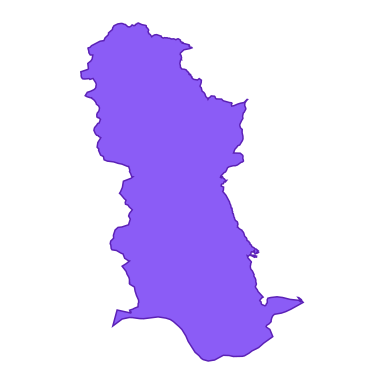 outline of Branisca, Hunedoara, Romania
{"feature_id": "2599482B69726468396630", "entity_name": "Branisca", "entity_type": "district", "adm_level": 2, "iso_a3": "ROU", "parent_name": "Romania", "parent_adm1": "Hunedoara", "projection": "equal_earth", "projection_center": [22.77, 45.979], "detail": "fine", "context": "isolated", "style": "filled", "palette": "violet", "viewbox_px": 384, "rotation_deg": 0, "n_neighbors": 0, "source": "geoboundaries", "source_scale": "gbopen_adm2", "svg_char_len": 5909}
<svg xmlns="http://www.w3.org/2000/svg" viewBox="0 0 384 384"><path d="M272.8,336.6L269.9,329.5L266.5,327.2L266.1,326.5L266.7,325.3L269.1,323.8L271.1,321.7L271.2,320.1L271.8,317.8L272.8,315.8L274.4,314.3L281.4,313.1L285.8,311.6L290.9,309.2L303.2,302.4L301.8,300.9L301.4,299.7L298.7,297.6L298.1,297.5L300.0,299.8L300.8,301.5L300.5,301.7L298.7,300.3L290.2,299.4L282.6,297.5L277.0,296.8L270.8,297.5L267.9,298.2L267.2,299.8L267.3,302.8L266.6,303.4L265.7,305.4L264.9,305.8L261.9,304.5L261.2,303.6L261.2,302.7L260.9,301.6L259.9,300.9L259.7,300.5L261.5,298.1L263.1,297.1L258.0,291.5L257.4,290.0L255.6,287.5L255.4,286.4L256.3,284.6L256.4,283.8L255.8,281.9L255.8,280.1L255.3,278.4L254.0,276.4L253.8,275.8L254.1,274.7L253.5,273.4L252.4,271.0L250.9,269.3L250.5,268.1L250.3,266.0L250.7,264.7L250.6,263.7L251.3,262.5L251.3,261.8L247.9,257.8L247.3,255.8L248.2,256.3L250.0,254.7L251.1,255.7L251.8,255.8L254.5,257.3L255.0,257.0L256.5,257.1L256.6,256.1L255.5,256.0L254.8,255.2L253.9,255.2L254.3,255.7L253.5,255.7L252.7,255.2L251.0,255.1L250.8,254.5L251.1,252.2L251.8,251.7L252.6,252.0L253.1,251.8L254.2,250.5L254.5,251.1L254.1,252.5L255.3,253.8L256.6,253.3L256.5,252.8L256.7,252.6L257.3,253.1L257.9,252.8L257.8,252.4L258.2,252.6L258.6,252.2L257.7,251.4L257.3,250.4L257.7,250.4L256.2,249.1L255.2,248.9L253.9,247.7L251.8,246.6L251.4,245.2L250.0,244.1L250.0,243.1L249.2,242.6L248.8,241.4L247.0,240.5L246.9,239.2L246.4,237.9L244.7,236.3L243.7,232.9L242.8,231.5L242.2,231.0L242.0,230.3L239.4,228.8L238.2,227.6L237.4,227.1L237.7,226.4L237.5,225.5L238.0,224.1L237.6,223.6L237.7,223.0L237.3,221.8L235.4,220.4L234.6,218.9L234.5,217.9L233.9,216.9L233.3,213.8L232.5,213.0L232.6,211.4L232.2,210.7L232.0,208.2L231.2,207.9L230.7,205.1L229.8,203.4L229.5,201.9L225.9,195.2L222.7,191.4L223.4,190.2L223.6,187.1L221.2,186.0L221.4,184.5L222.1,183.9L223.4,183.7L224.0,182.0L224.5,181.8L225.3,182.0L226.6,180.4L225.5,180.5L224.4,178.9L223.4,178.4L222.4,176.6L222.1,176.6L221.4,177.8L220.4,177.4L220.9,175.9L224.1,172.6L225.4,172.0L226.3,170.7L227.5,167.8L229.0,166.8L233.3,165.7L235.4,165.7L237.4,165.0L241.1,162.3L242.4,162.0L243.4,161.2L243.4,160.4L242.8,158.3L243.0,156.2L242.7,155.3L240.3,153.2L233.5,153.0L234.7,149.7L235.4,148.6L236.5,147.6L237.8,145.7L239.7,145.0L242.4,140.6L243.0,138.9L242.9,136.1L242.1,132.6L242.2,129.4L240.6,128.0L239.8,125.8L239.8,124.5L241.6,120.6L242.9,118.5L242.6,116.2L243.3,113.0L244.1,112.3L245.8,109.1L245.8,108.3L244.7,105.6L244.9,103.0L246.3,100.8L247.5,99.5L247.1,99.4L244.6,102.0L243.7,102.6L240.5,103.2L237.6,104.1L233.9,105.7L231.7,106.1L231.4,104.7L232.0,103.3L231.6,102.8L229.4,102.5L223.7,100.9L222.9,100.5L221.6,99.1L216.3,98.9L215.5,98.2L215.1,96.9L214.5,96.2L211.2,95.9L210.0,97.2L208.8,97.9L208.0,99.3L207.7,98.4L205.8,96.6L204.9,93.9L203.9,92.5L202.1,91.1L201.2,87.6L200.1,86.6L200.1,85.6L200.5,84.8L201.2,82.6L201.4,80.2L199.2,78.6L197.5,80.0L193.5,79.3L191.7,77.6L192.0,77.1L191.8,76.7L190.7,75.5L190.6,74.7L189.7,74.7L189.7,74.0L188.9,74.0L189.0,73.3L188.3,72.1L187.6,71.8L186.2,69.9L184.6,69.3L181.8,69.0L180.9,67.7L180.5,67.5L180.3,65.3L179.8,63.6L180.5,60.3L180.8,59.9L181.5,59.8L181.2,59.4L181.1,58.8L181.6,58.0L181.0,55.2L180.2,54.6L180.4,53.1L183.9,49.8L189.8,48.6L192.0,47.8L191.7,47.4L189.3,46.8L189.1,45.9L189.5,45.5L189.1,44.8L182.7,43.2L183.2,42.8L183.1,42.6L180.6,41.6L180.4,40.1L178.3,38.8L177.4,38.9L175.9,39.7L173.8,38.8L171.5,39.0L169.5,38.2L168.1,38.2L167.0,37.7L166.0,37.9L164.7,37.6L163.3,38.1L161.5,37.2L161.3,36.2L156.6,34.6L154.5,34.9L152.6,36.0L151.8,36.8L150.2,34.5L149.0,33.8L148.9,33.1L148.4,32.8L148.1,31.3L148.6,30.6L148.6,29.9L147.6,28.3L146.4,27.3L146.2,25.7L145.7,25.4L141.8,24.6L138.3,23.0L137.2,23.4L136.6,24.1L135.5,24.4L135.1,25.4L133.9,25.7L132.1,24.9L130.7,26.4L129.4,27.0L127.8,26.7L125.4,24.5L123.8,24.2L122.8,23.6L121.2,23.4L117.8,23.9L114.0,25.7L112.7,27.8L112.4,29.5L108.5,32.9L108.5,34.2L108.0,35.1L105.1,37.8L103.9,40.6L100.1,41.2L99.1,41.7L91.5,45.7L90.0,47.4L88.1,47.9L88.0,48.4L88.8,51.2L88.9,52.8L90.3,55.0L92.8,55.0L92.1,59.1L90.8,61.0L87.8,63.4L88.4,68.7L87.8,69.4L80.8,71.8L81.2,74.4L81.1,75.9L81.5,77.4L82.5,78.7L83.0,78.9L84.8,79.0L89.1,78.6L89.9,79.4L93.0,78.5L95.6,82.5L96.0,83.5L96.3,84.9L95.9,86.0L95.9,87.3L95.2,88.5L94.0,89.6L90.7,91.2L87.3,92.3L85.2,95.7L87.0,96.7L90.6,97.8L91.6,97.7L91.8,98.4L93.7,99.7L95.4,101.7L96.2,103.3L96.4,104.2L98.6,105.9L99.5,107.9L99.1,110.4L98.5,111.6L97.3,113.0L96.8,114.5L96.9,116.9L97.6,117.6L98.9,117.6L99.1,118.3L100.5,119.3L99.1,123.0L97.7,123.5L96.5,125.4L95.2,126.8L94.4,128.0L93.9,130.3L95.4,133.7L96.6,135.2L98.3,135.7L98.7,136.4L100.8,137.7L97.8,142.6L97.1,147.2L98.8,149.0L98.6,150.4L100.6,155.1L103.4,156.5L104.1,159.8L107.3,161.1L113.7,161.9L118.3,163.4L121.9,164.1L127.5,166.4L128.6,166.4L129.6,169.4L129.8,170.6L129.5,171.5L130.6,173.5L131.6,176.3L132.0,176.7L132.9,176.8L131.0,178.3L123.4,181.2L122.4,187.4L120.5,191.8L119.5,193.3L120.8,194.5L124.2,198.6L126.0,200.2L125.2,202.4L125.5,204.2L127.9,205.0L129.3,207.0L132.3,209.8L129.5,213.4L128.6,216.0L130.3,219.1L128.5,224.8L121.8,227.0L118.0,227.4L115.1,230.0L113.4,235.3L113.6,238.2L110.7,241.1L110.2,243.8L110.8,245.0L111.2,248.5L112.0,249.8L116.5,250.5L121.3,253.3L123.0,253.9L124.7,258.3L128.4,260.7L129.5,261.0L126.1,263.7L122.1,266.2L126.2,271.5L127.0,274.1L128.9,277.4L129.4,279.2L129.5,281.7L129.3,282.1L129.8,283.0L129.4,283.6L130.0,284.4L134.4,287.0L135.1,291.1L136.5,295.5L138.5,299.9L138.7,302.5L138.2,303.3L138.0,306.8L134.3,308.3L132.9,309.1L129.6,310.2L130.0,311.4L131.1,312.1L130.7,313.0L117.1,310.0L112.8,326.0L122.2,319.0L129.3,317.5L132.4,317.6L139.7,318.6L143.6,318.7L158.1,316.9L165.9,318.1L170.3,319.5L173.2,321.4L179.0,326.5L182.0,329.6L185.9,336.0L188.2,341.4L195.1,352.3L199.0,355.6L201.3,358.4L203.2,359.6L208.2,361.0L214.6,360.0L223.3,355.3L229.1,355.5L233.4,356.5L242.4,356.3L244.5,355.8L249.0,353.2L252.0,350.9L258.6,347.6L263.6,343.2L272.8,336.6Z" fill="#8b5cf6" stroke="#5b21b6" stroke-width="1.5"/></svg>